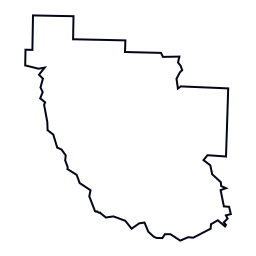 Clark, Arkansas, United States of America
{"feature_id": "52423323B93240032804570", "entity_name": "Clark", "entity_type": "district", "adm_level": 2, "iso_a3": "USA", "parent_name": "United States of America", "parent_adm1": "Arkansas", "projection": "robinson", "projection_center": [-93.197, 34.055], "detail": "fine", "context": "isolated", "style": "outline", "palette": "ink", "viewbox_px": 256, "rotation_deg": 0, "n_neighbors": 0, "source": "geoboundaries", "source_scale": "gbopen_adm2", "svg_char_len": 1261}
<svg xmlns="http://www.w3.org/2000/svg" viewBox="0 0 256 256"><path d="M33.0,15.4L32.4,49.9L25.5,49.7L25.2,65.4L38.6,68.7L44.7,67.6L39.0,74.7L42.9,78.7L40.5,87.4L42.7,92.1L40.2,98.4L45.1,102.3L44.1,104.8L47.3,122.0L47.6,130.2L53.3,134.6L57.2,147.6L61.5,149.5L65.7,155.3L65.2,160.5L67.6,166.8L67.5,169.1L76.7,174.9L79.7,183.1L90.5,190.2L89.3,196.4L95.0,211.1L95.4,211.4L95.7,211.6L96.1,211.7L96.3,211.6L96.5,211.5L96.7,211.3L96.8,211.3L97.0,211.4L97.4,211.6L97.5,211.9L97.9,212.0L98.5,212.5L98.9,212.7L99.3,212.8L99.5,212.8L99.9,212.5L100.0,212.5L100.3,212.9L100.3,213.0L105.9,217.5L113.4,216.4L125.3,220.8L131.6,228.7L139.3,223.3L144.5,222.6L148.3,231.7L153.6,236.6L156.4,237.9L162.3,238.1L165.0,234.2L170.4,234.2L180.2,240.6L188.2,237.2L193.3,237.7L210.6,228.7L211.0,224.2L217.8,220.3L225.0,226.4L226.0,224.9L223.8,222.4L227.6,218.6L225.9,215.4L230.8,214.1L229.1,206.8L223.9,206.4L220.6,190.1L226.0,188.2L221.2,186.1L220.8,182.2L212.2,174.3L210.3,165.3L203.5,160.1L207.5,155.2L226.0,156.5L227.5,111.1L228.2,88.4L180.8,86.4L177.9,88.5L176.5,78.7L180.0,72.2L182.2,70.2L180.5,65.6L178.0,62.5L179.4,56.6L162.9,56.9L161.0,52.9L125.0,52.0L125.4,40.4L108.0,40.0L75.0,39.3L73.1,39.3L73.5,16.2L56.2,15.9L33.0,15.4Z" fill="none" stroke="#020617" stroke-width="2"/></svg>